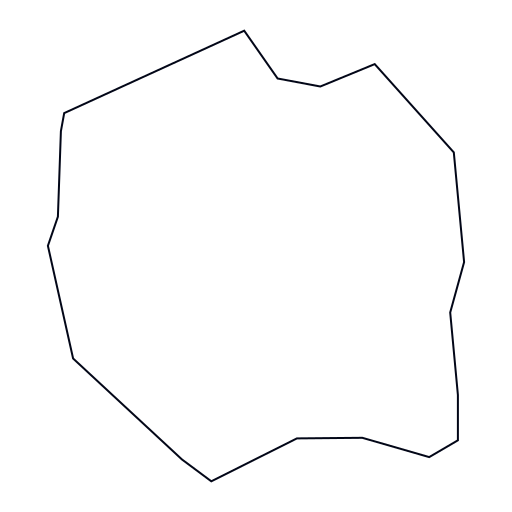 the district of Tahoua Ville, Tahoua, Niger
{"feature_id": "23599985B25077979802367", "entity_name": "Tahoua Ville", "entity_type": "district", "adm_level": 2, "iso_a3": "NER", "parent_name": "Niger", "parent_adm1": "Tahoua", "projection": "mercator", "projection_center": [5.259, 14.899], "detail": "fine", "context": "isolated", "style": "outline", "palette": "ink", "viewbox_px": 512, "rotation_deg": 0, "n_neighbors": 0, "source": "geoboundaries", "source_scale": "gbopen_adm2", "svg_char_len": 357}
<svg xmlns="http://www.w3.org/2000/svg" viewBox="0 0 512 512"><path d="M277.6,78.5L244.2,30.7L64.2,113.1L60.9,131.2L57.9,216.7L47.9,245.8L73.1,358.5L182.0,459.5L211.3,481.3L296.9,438.4L362.3,437.8L429.2,457.1L457.9,440.3L457.9,395.0L450.2,312.5L464.1,262.1L453.8,152.4L374.7,64.1L320.3,86.5L277.6,78.5Z" fill="none" stroke="#020617" stroke-width="2"/></svg>